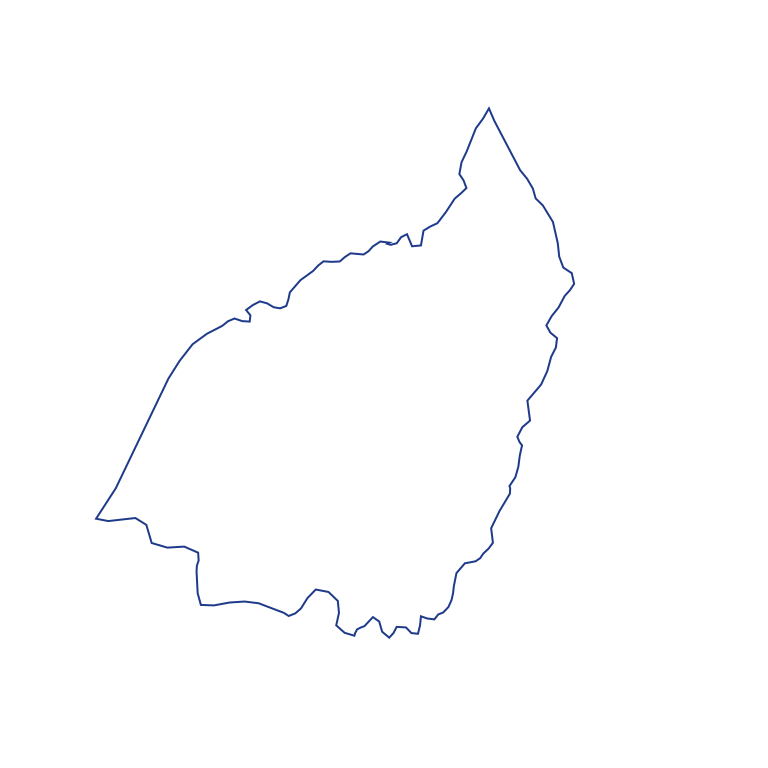 the District of Kuruṇægala, rotated 35°
{"feature_id": "LKA-2461", "entity_name": "Kuruṇægala", "entity_type": "District", "adm_level": 1, "iso_a3": "LKA", "parent_name": "Sri Lanka", "parent_adm1": "", "projection": "robinson", "projection_center": [80.272, 7.727], "detail": "fine", "context": "isolated", "style": "outline", "palette": "blue", "viewbox_px": 768, "rotation_deg": 35, "n_neighbors": 0, "source": "natural_earth", "source_scale": "10m", "svg_char_len": 1988}
<svg xmlns="http://www.w3.org/2000/svg" viewBox="0 0 768 768"><g transform="rotate(35 384 384)"><path d="M483.3,609.1L478.4,597.3L470.6,588.2L457.8,586.2L446.0,591.5L444.1,603.1L444.7,615.6L442.9,622.8L439.0,628.7L433.3,628.9L407.1,635.5L394.5,642.2L382.7,651.7L371.7,662.9L360.7,670.0L351.4,662.3L338.0,645.1L334.9,640.1L333.4,634.9L328.5,628.8L313.6,631.8L300.4,642.3L284.9,647.5L270.1,635.7L257.2,636.4L236.8,654.4L225.4,659.5L224.1,623.3L204.3,503.2L203.3,482.2L204.4,461.2L210.1,444.5L218.2,429.0L220.2,422.1L224.0,416.1L231.8,413.8L238.2,409.9L235.2,404.4L228.6,402.5L231.3,394.5L235.0,387.5L241.9,385.0L249.6,384.4L255.5,381.6L259.2,376.1L257.2,369.6L254.3,362.9L256.0,346.8L261.1,332.0L262.1,324.8L264.1,318.2L271.0,314.0L277.5,309.0L279.1,302.5L281.6,296.2L293.0,289.6L295.2,284.0L295.9,277.9L299.3,269.4L307.2,265.2L306.6,266.2L306.2,267.3L309.6,266.2L313.7,261.4L313.8,253.9L316.9,248.1L328.0,255.1L334.8,249.3L328.4,235.7L331.5,228.6L335.5,221.7L336.1,207.9L335.6,191.5L337.7,183.5L339.1,176.2L332.6,171.7L325.3,168.8L320.3,157.8L318.3,145.9L312.6,121.9L312.9,109.6L311.9,98.0L323.5,105.2L372.9,130.8L383.5,133.8L393.8,138.5L401.8,145.0L411.7,146.6L429.5,154.4L445.7,169.1L454.4,179.1L464.1,185.8L474.2,185.5L482.3,192.9L482.5,200.6L481.5,208.2L483.1,221.2L482.4,232.3L483.4,242.9L490.8,246.5L499.5,247.2L503.9,255.6L505.3,265.8L510.4,279.9L513.0,294.3L511.0,315.4L524.6,330.2L522.1,340.1L523.5,350.8L528.3,353.8L532.3,355.1L536.2,364.6L541.5,374.7L545.1,385.1L545.3,395.6L547.2,397.1L550.0,401.5L551.5,421.9L554.5,440.7L564.3,451.6L564.1,458.7L562.6,465.9L562.7,471.4L560.7,476.7L553.1,484.5L551.8,497.3L557.2,509.6L560.5,515.6L563.2,522.1L564.7,529.7L563.6,537.1L560.6,541.7L560.3,547.9L553.9,551.3L547.5,553.1L551.9,560.9L555.1,569.1L549.3,572.3L541.6,570.8L533.7,575.7L534.6,582.5L533.8,588.8L524.6,588.0L516.3,581.3L508.6,581.3L506.9,593.5L504.6,596.9L502.7,600.4L503.2,604.4L504.1,607.2L494.4,610.4L483.3,609.1Z" fill="none" stroke="#1e3a8a" stroke-width="2"/></g></svg>